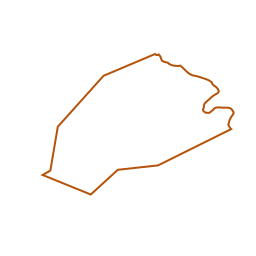 Gualala, Santa Bárbara, Honduras (orthographic projection), rotated 147°
{"feature_id": "27666195B84597002869459", "entity_name": "Gualala", "entity_type": "district", "adm_level": 2, "iso_a3": "HND", "parent_name": "Honduras", "parent_adm1": "Santa Bárbara", "projection": "orthographic", "projection_center": [-88.228, 15.004], "detail": "fine", "context": "isolated", "style": "outline", "palette": "amber", "viewbox_px": 256, "rotation_deg": 147, "n_neighbors": 0, "source": "geoboundaries", "source_scale": "gbopen_adm2", "svg_char_len": 4380}
<svg xmlns="http://www.w3.org/2000/svg" viewBox="0 0 256 256"><g transform="rotate(147 128 128)"><path d="M225.2,135.1L195.5,92.5L159.3,98.5L123.2,80.3L42.1,70.9L42.2,71.2L42.2,71.4L42.2,71.7L42.3,72.3L42.3,73.1L42.3,73.4L42.3,73.8L42.3,74.3L42.3,74.7L42.3,75.0L42.2,75.2L42.2,75.4L42.2,75.6L42.1,75.9L42.0,76.0L41.9,76.2L41.9,76.3L41.7,76.4L41.5,76.6L40.8,77.2L39.7,78.2L38.7,79.1L38.5,79.3L38.3,79.4L38.1,79.6L37.9,79.7L37.5,80.0L37.3,80.1L37.0,80.2L36.8,80.3L36.4,80.6L35.8,80.8L34.1,81.6L32.7,82.2L31.9,82.6L31.7,82.7L31.6,82.8L31.4,82.9L31.4,83.0L31.2,83.2L31.1,83.5L31.0,83.8L30.9,84.0L30.9,84.4L30.8,84.6L30.8,84.8L30.8,85.1L30.8,85.3L30.8,85.5L30.8,85.8L30.8,86.2L30.8,86.4L30.9,86.7L30.9,87.1L31.0,87.5L31.1,87.8L31.2,88.1L31.3,88.3L31.4,88.6L31.5,88.8L31.6,89.0L31.8,89.2L31.9,89.4L32.0,89.5L32.4,89.9L32.6,90.1L32.9,90.4L33.2,90.6L33.5,90.8L33.8,91.1L34.0,91.2L34.4,91.5L35.8,92.4L37.5,93.5L37.9,93.7L38.1,93.9L38.8,94.5L39.2,94.8L39.9,95.3L40.5,95.7L40.8,96.0L41.1,96.1L41.3,96.2L41.4,96.3L41.6,96.4L42.2,96.7L42.8,97.0L43.1,97.0L43.5,97.2L43.7,97.3L44.0,97.4L44.3,97.4L44.6,97.4L44.8,97.4L45.0,97.4L45.5,97.2L45.9,97.1L46.1,97.0L46.4,96.9L46.7,96.9L46.8,96.9L47.7,96.8L48.5,96.7L49.4,96.6L50.0,96.5L50.3,96.5L50.5,96.5L51.0,96.5L51.4,96.5L51.5,96.5L51.8,96.6L52.0,96.7L52.2,96.8L52.3,96.9L52.5,97.0L52.9,97.3L53.5,97.8L54.2,98.4L54.6,98.7L54.7,98.8L54.8,98.9L54.8,99.0L55.0,99.6L55.1,99.9L55.2,100.2L55.3,100.5L55.5,100.9L55.5,101.0L55.5,101.3L55.4,101.7L55.4,101.8L55.3,102.0L55.2,102.3L55.1,102.5L54.9,102.8L54.7,102.9L54.5,103.1L54.1,103.3L53.5,103.7L53.4,103.8L52.8,104.4L52.4,105.0L52.1,105.3L51.7,105.8L51.5,106.0L51.4,106.1L51.1,106.3L50.9,106.5L50.7,106.6L50.4,106.7L50.2,106.8L49.8,106.9L49.4,107.0L49.0,107.1L48.6,107.2L48.4,107.3L48.0,107.3L46.8,107.5L46.2,107.6L44.9,107.7L44.3,107.8L44.1,107.8L43.9,107.9L43.7,107.9L43.1,108.1L42.8,108.1L42.6,108.2L42.2,108.3L41.6,108.3L41.1,108.4L40.5,108.5L39.9,108.5L39.4,108.6L38.9,108.6L38.5,108.6L38.4,108.6L37.9,108.6L37.2,108.6L36.4,108.5L35.9,108.5L35.1,108.4L34.6,108.4L34.3,108.4L34.1,108.4L33.9,108.4L33.7,108.4L33.5,108.5L33.3,108.5L33.2,108.5L32.8,108.7L32.6,108.8L32.4,108.9L32.3,109.0L32.2,109.1L32.0,109.3L31.9,109.4L31.9,109.6L31.7,109.9L31.7,110.1L31.6,110.4L31.5,110.7L31.5,111.0L31.4,111.5L31.4,111.8L31.4,112.0L31.5,112.6L31.6,113.5L31.8,114.2L31.8,114.4L31.8,114.5L32.1,115.2L32.3,115.7L32.4,115.8L32.5,116.0L32.7,116.3L32.7,116.5L32.8,116.7L32.9,116.9L32.9,117.0L33.0,117.4L33.1,117.6L33.1,118.0L33.2,118.4L33.2,118.6L33.2,118.9L33.2,119.0L33.2,119.4L33.1,119.7L33.1,120.2L33.0,120.4L33.0,120.5L32.9,120.7L32.9,120.8L32.9,121.0L33.3,121.9L33.6,122.5L34.1,123.6L34.7,124.7L34.8,124.9L34.9,125.1L36.7,127.4L37.8,128.8L38.9,130.2L40.3,131.9L41.8,133.7L42.1,134.0L42.4,134.4L42.7,134.7L43.0,135.0L43.4,135.3L43.6,135.6L43.8,135.7L43.9,135.8L44.3,136.1L44.6,136.3L44.9,136.7L45.2,137.1L45.4,137.4L45.7,137.8L45.8,137.9L45.9,138.1L46.1,138.4L46.2,138.7L46.4,138.9L46.5,139.2L46.8,139.8L46.9,140.0L47.0,140.3L47.2,140.5L47.3,140.8L47.3,141.0L47.6,141.7L47.7,142.1L47.9,142.8L48.0,143.0L48.1,143.6L48.2,143.9L48.6,145.9L48.7,146.2L48.7,146.5L48.8,146.8L48.9,147.0L49.0,147.2L49.0,147.4L49.0,147.6L49.0,147.8L49.3,148.7L49.5,149.6L49.9,150.9L49.9,151.2L50.0,151.4L50.1,151.8L50.9,152.1L51.3,152.3L51.8,152.6L52.0,152.7L52.2,152.8L53.0,153.3L54.1,154.1L55.1,154.9L55.4,155.1L55.5,155.2L55.6,155.3L56.2,156.0L56.8,156.6L57.2,157.2L57.5,157.5L57.7,157.8L57.9,158.2L58.1,158.4L58.2,158.6L58.3,158.8L58.4,159.0L58.5,159.2L58.6,159.4L58.6,159.6L58.7,159.9L58.7,160.1L58.8,160.3L58.9,160.5L59.0,160.7L59.1,160.9L59.1,161.0L59.3,161.2L59.3,161.3L59.6,161.6L59.8,161.9L60.0,162.1L60.2,162.3L60.3,162.4L60.5,162.6L60.9,162.9L61.0,163.1L61.2,163.3L61.5,163.6L61.7,163.9L61.9,164.2L62.2,164.7L62.3,164.9L62.4,165.1L62.5,165.3L62.7,165.6L62.7,165.8L62.8,165.9L62.8,166.1L62.8,166.3L62.8,166.6L62.7,166.8L62.7,167.0L62.6,167.4L62.5,167.9L62.4,168.3L62.3,168.6L62.2,168.9L62.1,169.3L62.0,169.6L62.0,169.8L62.0,170.5L62.0,170.8L62.0,171.2L62.0,171.4L62.0,171.7L62.1,172.0L62.1,172.3L62.2,172.5L62.3,172.6L62.3,172.8L62.5,172.9L62.5,173.0L62.8,173.0L63.0,173.0L63.3,173.1L63.5,173.2L63.7,173.3L63.8,173.4L64.0,173.5L64.3,173.7L64.4,173.8L64.5,173.9L64.6,174.0L64.8,174.4L64.8,174.5L64.8,174.8L64.9,175.0L64.9,175.3L120.1,185.1L186.2,167.3L216.3,134.6L225.2,135.1Z" fill="none" stroke="#b45309" stroke-width="2"/></g></svg>